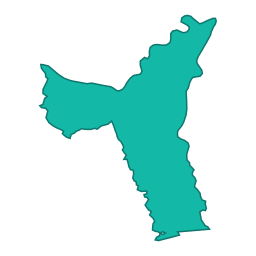 outline of Formosa do Oeste, Paraná, Brazil
{"feature_id": "56859067B90893181412496", "entity_name": "Formosa do Oeste", "entity_type": "district", "adm_level": 2, "iso_a3": "BRA", "parent_name": "Brazil", "parent_adm1": "Paraná", "projection": "albers", "projection_center": [-53.335, -24.297], "detail": "fine", "context": "isolated", "style": "filled", "palette": "teal", "viewbox_px": 256, "rotation_deg": 0, "n_neighbors": 0, "source": "geoboundaries", "source_scale": "gbopen_adm2", "svg_char_len": 2657}
<svg xmlns="http://www.w3.org/2000/svg" viewBox="0 0 256 256"><path d="M40.8,64.5L41.4,68.1L43.1,70.6L45.3,73.1L45.9,77.2L47.9,78.6L47.0,81.4L43.0,89.5L43.0,93.5L47.2,96.4L44.7,98.4L43.7,101.7L42.9,104.5L39.8,105.7L41.5,107.6L45.8,108.4L47.8,111.0L46.0,117.8L49.1,122.8L53.0,125.8L56.2,127.6L60.8,129.6L63.5,131.0L62.4,133.7L64.4,135.5L66.6,137.2L70.1,138.4L71.1,134.6L74.6,132.9L76.5,131.1L78.7,130.4L81.5,128.7L85.1,129.3L87.4,129.4L90.6,129.4L94.9,128.3L97.1,129.2L101.4,125.9L104.0,125.2L108.0,124.2L111.6,121.1L113.0,124.1L114.2,127.3L115.2,130.5L116.6,133.9L117.2,136.7L118.5,139.5L121.0,141.7L122.5,144.5L123.8,147.2L122.4,150.0L124.4,152.9L126.3,155.0L123.8,159.4L127.0,159.3L128.1,163.0L128.8,166.4L130.4,169.7L133.3,170.2L133.6,173.9L132.8,178.1L134.1,180.7L136.2,182.0L136.4,184.9L138.4,185.7L137.3,189.7L141.4,191.5L146.7,191.0L146.9,193.8L144.0,194.5L144.6,196.9L146.9,197.4L148.6,199.4L145.1,205.0L146.5,207.1L148.6,210.0L151.4,211.6L149.6,214.9L153.2,218.4L154.7,221.5L153.2,223.4L152.8,225.8L152.5,230.0L155.3,231.3L158.1,231.8L160.2,233.2L159.4,235.7L156.6,237.3L155.2,239.9L158.4,240.6L179.5,235.1L177.6,231.9L209.5,229.2L207.8,226.9L204.9,225.4L203.6,223.3L201.3,219.9L200.5,215.6L199.8,211.9L203.1,209.9L205.4,210.6L206.4,208.3L205.3,204.5L205.6,201.2L202.2,200.0L200.8,197.4L200.0,193.2L197.3,189.5L194.5,186.8L195.1,183.9L196.1,180.9L195.1,178.1L192.3,174.9L192.6,171.8L194.0,169.9L191.7,167.3L189.8,165.5L189.5,162.6L187.1,160.2L186.8,156.9L186.7,154.5L187.7,150.7L189.1,146.2L188.0,143.0L184.8,140.5L180.5,138.8L177.7,136.7L177.4,133.4L177.9,130.6L180.4,127.5L182.1,125.2L183.8,121.8L184.8,118.8L186.0,115.1L186.5,111.6L186.8,109.1L186.6,100.6L186.1,91.1L188.2,88.1L189.8,82.3L191.4,79.1L193.1,77.3L195.9,76.9L200.1,76.2L202.3,73.6L201.8,70.3L197.7,64.3L196.7,61.8L197.0,59.4L198.4,56.1L201.8,50.5L203.4,47.6L206.8,41.9L210.6,34.8L211.3,31.7L213.5,26.9L215.3,24.1L216.2,21.2L215.5,18.4L213.1,18.3L207.5,20.5L202.7,22.9L199.7,23.8L193.0,18.4L190.9,16.4L187.5,15.4L184.5,16.0L181.8,17.9L181.1,21.8L186.6,24.7L189.1,26.8L189.0,29.7L186.5,32.2L183.0,32.7L176.9,30.0L172.6,31.1L170.8,33.5L170.8,38.8L170.1,42.3L166.7,44.9L162.6,45.2L156.7,44.5L153.2,45.1L150.3,47.3L149.3,51.5L149.5,56.0L147.5,58.8L144.5,57.4L140.3,61.0L140.3,65.4L142.0,71.2L140.3,74.2L136.6,74.9L133.6,75.5L130.6,77.9L128.8,80.0L126.5,83.3L124.8,86.6L122.5,89.3L119.1,90.9L116.9,90.7L113.0,87.9L110.4,86.6L107.5,86.2L100.9,85.0L91.8,83.1L86.8,83.7L77.8,82.0L72.7,81.1L69.7,80.3L64.7,78.5L62.4,77.1L58.7,74.6L56.2,72.6L48.4,66.0L43.2,64.7L40.8,64.5ZM160.2,233.2L162.4,231.8L165.4,233.0L163.1,234.5L160.2,233.2Z" fill="#14b8a6" stroke="#0f766e" stroke-width="1.5"/></svg>